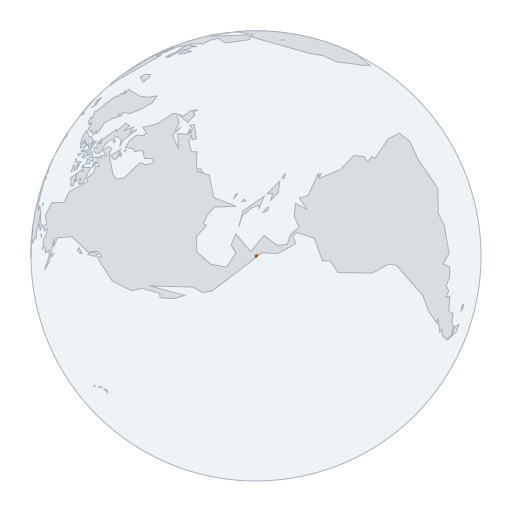 globe centered on Chalatenango, rotated 303°
{"feature_id": "SLV-1357", "entity_name": "Chalatenango", "entity_type": "Department", "adm_level": 1, "iso_a3": "SLV", "parent_name": "El Salvador", "parent_adm1": "", "projection": "orthographic", "projection_center": [-89.111, 14.18], "detail": "fine", "context": "on_globe", "style": "filled", "palette": "amber", "viewbox_px": 512, "rotation_deg": 303, "n_neighbors": 0, "source": "natural_earth", "source_scale": "10m", "svg_char_len": 8766}
<svg xmlns="http://www.w3.org/2000/svg" viewBox="0 0 512 512"><g transform="rotate(303 256 256)"><circle cx="256" cy="256" r="225" fill="#eef3f6" stroke="#a8b0b8"/><path d="M298.3,278.0L292.9,275.8L288.0,282.7L269.4,272.6L262.2,259.4L202.8,238.2L196.3,231.3L195.6,220.1L173.1,183.2L184.1,217.6L175.8,210.7L168.8,198.3L172.2,195.5L166.8,177.7L159.1,170.7L156.8,149.0L168.6,123.1L171.4,127.3L173.9,121.3L170.6,115.9L167.8,114.0L171.9,91.1L163.0,79.4L153.5,81.5L160.9,77.1L138.1,85.8L129.0,86.3L143.5,82.4L148.2,79.6L144.1,77.9L148.0,74.7L148.3,72.4L153.4,69.0L161.5,67.8L164.9,65.8L161.8,64.8L164.9,61.3L169.0,63.0L174.8,57.3L189.5,55.8L196.3,65.7L208.6,64.5L226.7,74.4L229.2,71.6L237.7,74.5L243.8,72.6L245.4,75.7L248.8,71.6L246.2,69.3L246.8,66.9L250.1,65.8L252.8,69.2L251.5,70.3L254.0,70.7L253.9,73.1L255.9,71.3L258.7,76.0L260.9,69.9L267.3,72.4L267.8,76.1L261.2,77.5L246.2,91.9L244.7,97.2L249.2,102.6L271.3,108.1L272.4,113.7L278.6,119.9L281.0,115.6L277.0,109.3L283.0,103.5L277.5,97.3L279.1,94.3L276.0,87.7L283.5,87.0L292.4,90.0L295.4,95.6L299.4,97.4L302.3,91.1L313.3,101.4L330.1,108.5L332.2,111.8L326.0,118.9L311.6,120.7L303.7,132.6L316.0,123.5L321.0,132.9L324.8,134.2L328.6,133.2L329.5,129.3L332.7,132.6L321.8,142.1L318.7,139.3L322.2,136.0L315.5,137.3L308.1,145.0L311.2,149.8L296.8,158.5L298.9,162.3L296.9,166.7L294.6,159.8L298.4,172.7L282.0,188.7L286.9,212.3L274.4,194.6L265.2,193.0L254.4,194.0L255.0,197.8L239.8,195.5L227.3,204.0L224.3,223.0L230.8,237.4L247.5,237.5L251.7,229.2L263.5,227.1L256.7,249.3L277.6,251.4L276.4,267.9L282.7,276.0L292.8,273.2L303.4,276.5L310.2,266.5L321.6,260.4L322.6,273.6L328.3,260.9L335.1,266.7L357.3,263.6L355.8,266.8L374.6,279.8L393.7,283.5L398.1,292.2L396.0,298.4L402.3,298.9L402.4,302.7L426.1,303.0L437.1,309.2L436.0,322.2L425.2,339.6L411.7,371.7L391.3,385.4L383.6,397.8L363.4,416.5L351.4,417.2L352.3,424.4L343.6,430.0L335.1,431.3L331.5,436.7L325.1,437.5L327.8,440.4L314.6,447.8L315.1,452.5L304.7,457.9L305.2,460.4L302.3,460.6L298.6,461.8L297.3,463.3L289.7,461.5L290.7,455.5L295.8,452.0L292.0,451.7L303.0,442.3L297.9,444.5L304.1,430.3L313.7,417.5L324.8,379.0L321.2,371.4L305.4,363.2L286.6,333.7L292.5,320.5L288.0,314.6L302.7,295.2L298.3,278.0ZM60.4,205.9L61.8,200.8L62.5,204.5L60.4,205.9ZM61.7,197.4L61.4,199.2L61.5,197.6L61.7,197.4ZM61.1,196.1L61.5,197.0L60.8,196.5L61.1,196.1ZM60.0,195.0L60.7,195.4L60.5,195.6L60.0,195.0ZM286.6,220.5L310.5,230.3L297.7,232.7L300.0,230.4L293.8,226.1L282.5,222.5L271.1,225.6L286.6,220.5ZM59.1,191.8L59.0,190.9L59.7,190.7L59.1,191.8ZM295.4,206.7L291.4,206.0L295.3,205.7L295.4,206.7ZM165.9,113.8L170.1,116.2L171.7,122.6L167.7,120.8L165.9,113.8ZM163.5,103.0L166.6,102.8L163.4,108.6L162.6,106.9L163.5,103.0ZM145.7,84.2L148.4,85.0L144.4,85.3L145.7,84.2ZM147.4,72.6L145.4,73.5L146.4,72.0L147.4,72.6ZM272.1,88.7L274.0,88.3L273.6,89.7L272.1,88.7ZM268.9,86.5L267.1,88.5L265.3,87.8L266.5,86.5L268.9,86.5ZM155.1,65.6L157.3,63.2L156.4,65.4L155.1,65.6ZM271.6,84.3L262.4,86.3L259.3,85.0L261.2,79.5L271.6,84.3ZM159.5,61.6L164.8,56.5L160.7,57.7L175.1,51.8L165.9,57.8L165.5,60.1L163.0,60.0L159.5,61.6ZM243.9,69.1L246.9,71.5L241.3,70.6L243.9,69.1ZM240.2,69.2L222.2,71.2L219.5,67.5L226.1,67.3L220.1,63.9L227.6,61.0L232.5,62.3L232.8,65.1L235.5,62.0L240.2,69.2ZM182.3,49.7L184.7,48.6L183.7,49.6L182.3,49.7ZM246.6,65.9L243.2,66.4L240.6,63.2L246.9,61.6L245.8,63.1L246.6,65.9ZM214.8,64.6L214.0,62.2L219.8,59.1L220.3,57.9L227.5,60.7L214.8,64.6ZM248.0,63.3L250.2,60.9L254.5,61.5L249.7,65.2L248.0,63.3ZM237.3,63.1L236.4,61.6L238.9,61.8L237.3,63.1ZM270.8,63.2L266.8,63.4L265.1,61.7L270.8,63.2ZM250.7,60.0L249.3,59.9L248.1,59.3L250.4,58.0L250.7,60.0ZM231.1,58.5L233.8,57.9L228.5,57.2L232.7,55.2L236.7,57.6L236.7,55.7L238.0,55.2L239.9,57.8L231.1,58.5ZM249.4,55.2L255.9,58.2L263.7,57.8L265.4,59.3L252.6,59.6L249.4,55.2ZM243.6,56.4L247.6,55.9L247.7,57.7L245.1,59.3L243.6,56.4ZM234.1,53.2L226.6,55.5L226.0,55.0L234.1,53.2ZM251.6,54.7L249.9,54.0L252.1,54.4L251.6,54.7ZM239.4,53.1L236.9,53.9L236.2,53.2L239.4,53.1ZM248.8,52.2L250.9,53.0L249.2,54.0L248.8,52.2ZM244.5,52.3L244.2,51.2L247.4,53.8L243.4,52.7L244.5,52.3ZM239.2,52.3L238.0,52.2L240.4,52.1L239.2,52.3ZM254.0,48.5L258.4,51.5L254.6,53.5L250.9,50.1L254.0,48.5ZM301.5,465.3L290.0,462.3L296.9,463.7L303.8,461.0L309.1,463.4L301.5,465.3ZM321.1,457.9L327.9,455.8L328.9,456.4L324.4,458.0L321.1,457.9ZM411.6,93.1L409.7,91.4L414.4,96.0L416.4,97.8L421.1,102.7L415.5,97.8L420.4,105.3L436.4,127.9L437.3,132.7L433.6,132.5L418.0,114.2L417.9,105.8L412.3,100.2L404.1,95.4L404.7,93.6L401.3,91.0L400.4,88.1L391.0,79.1L388.8,76.2L377.2,68.6L374.6,66.4L382.2,71.3L386.4,73.6L380.1,68.0L376.6,65.7L369.5,61.5L368.8,61.0L383.9,70.5L398.2,81.3L411.6,93.1ZM368.0,60.5L362.6,57.6L358.6,55.4L368.0,60.5ZM356.3,54.3L359.2,56.1L351.1,52.3L342.3,48.2L340.3,47.7L354.7,54.5L359.7,56.9L362.9,58.2L377.4,66.7L381.2,69.7L368.9,63.3L373.0,67.2L361.6,61.3L329.8,45.0L320.6,41.1L321.8,40.6L330.0,43.2L331.5,43.8L333.3,44.4L356.3,54.3ZM256.9,30.7L244.8,31.2L234.3,31.8L235.5,31.7L256.9,30.7ZM226.9,32.6L218.5,33.9L212.8,34.9L226.9,32.6ZM209.0,35.7L209.6,35.6L202.0,37.4L205.2,36.7L205.4,36.7L187.5,42.9L181.6,44.9L175.7,48.6L176.6,48.6L180.6,47.2L175.1,51.8L160.7,57.7L159.6,57.2L151.3,61.9L149.9,60.5L144.9,62.0L148.1,58.8L143.8,60.9L141.0,62.6L133.2,67.2L131.4,68.3L146.1,59.3L156.4,55.0L152.4,56.2L156.9,54.0L157.7,53.4L155.3,54.5L172.7,46.7L190.6,40.4L209.0,35.7ZM479.9,230.8L477.9,247.9L474.3,241.9L462.6,217.4L460.7,203.5L455.0,190.3L437.5,133.7L439.9,132.6L433.1,116.9L433.3,117.0L440.7,127.0L449.4,140.5L457.1,154.5L463.8,169.1L469.5,184.0L474.0,199.4L477.5,215.0L479.9,230.8ZM450.6,158.7L452.8,162.7L450.6,158.7ZM358.0,263.3L360.7,265.6L357.2,266.1L358.0,263.3ZM296.4,238.3L301.2,238.2L303.9,240.1L300.3,241.0L296.4,238.3ZM336.1,235.1L341.4,235.7L336.0,237.4L336.1,235.1ZM314.1,231.5L331.8,235.2L321.3,240.1L310.1,237.9L317.6,236.1L314.1,231.5ZM294.0,214.5L297.2,215.2L296.5,217.7L294.0,214.5ZM298.3,206.5L297.1,206.8L295.4,204.9L298.3,206.5ZM321.6,132.4L322.6,131.7L326.7,131.6L325.2,133.4L321.6,132.4ZM342.3,122.2L347.0,127.8L342.6,124.8L341.5,127.9L330.8,126.1L332.6,113.4L333.7,119.2L342.3,122.2ZM317.1,121.0L323.7,123.0L316.4,121.3L317.1,121.0ZM383.4,81.4L385.8,81.7L390.1,85.2L392.8,90.7L386.5,85.5L383.4,81.4ZM388.2,81.5L375.2,74.6L373.0,71.5L376.4,74.2L376.3,72.9L381.8,77.1L392.4,81.7L396.9,85.2L399.4,92.4L396.1,87.8L393.9,87.5L388.2,81.5ZM345.8,68.2L340.2,66.8L342.8,61.6L347.7,63.7L350.7,68.8L346.6,69.5L345.8,68.2ZM276.8,74.8L274.4,75.8L273.7,74.7L275.1,73.0L276.8,74.8ZM269.1,63.5L286.2,70.0L284.4,71.3L296.5,74.4L296.5,79.2L288.6,76.8L297.7,83.2L290.6,83.0L297.3,87.2L279.8,81.4L273.7,82.0L280.5,79.4L280.6,75.0L278.9,73.2L269.5,69.0L256.6,68.7L254.7,64.8L256.8,62.2L259.6,61.6L259.9,64.2L263.5,61.6L266.1,65.0L269.1,63.5ZM282.5,41.9L281.7,43.7L289.2,42.0L291.9,44.1L292.6,43.8L297.1,45.6L303.9,47.3L304.1,48.4L306.6,48.7L309.7,50.1L313.2,50.9L314.9,53.4L319.4,54.7L317.6,55.1L324.8,56.9L320.2,56.8L323.8,59.0L326.4,58.0L326.9,72.3L330.7,79.4L336.4,85.9L327.8,85.6L316.9,79.8L306.3,72.2L303.9,65.7L300.4,67.1L298.2,64.6L301.9,64.5L294.9,63.2L294.1,61.2L284.6,56.4L275.1,56.5L271.4,55.0L274.7,54.0L268.7,53.3L272.5,50.6L269.9,49.7L271.1,46.4L278.9,45.6L275.5,44.6L276.2,42.5L282.5,41.9ZM254.6,47.5L263.4,45.3L269.2,45.7L264.8,51.4L266.6,52.6L264.0,56.9L255.7,56.6L257.2,55.3L256.7,54.0L259.5,54.6L256.9,53.2L258.9,51.5L257.5,50.1L260.7,49.7L254.6,47.5ZM424.8,107.6L423.7,106.1L428.6,111.5L429.1,112.4L424.8,107.6ZM418.9,101.0L423.2,105.6L421.3,103.7L418.9,101.0ZM380.8,70.0L379.1,68.6L380.6,69.4L383.4,71.3L380.8,70.0ZM305.4,39.8L304.0,40.2L302.5,39.8L295.9,39.5L293.4,38.2L296.4,37.9L305.4,39.8ZM301.5,38.4L299.1,38.3L299.4,37.8L301.5,38.4ZM291.2,37.4L290.8,36.6L292.3,38.1L291.2,37.4ZM300.0,35.1L289.5,33.3L276.7,31.7L288.7,33.1L293.6,33.9L300.0,35.1ZM249.0,31.0L247.9,31.3L245.0,31.4L244.8,31.3L249.0,31.0ZM250.7,31.1L255.8,31.4L253.0,31.8L249.5,31.4L250.7,31.1ZM279.1,33.6L282.8,33.9L282.5,34.3L279.1,33.6ZM183.1,48.7L184.6,48.6L182.0,49.4L183.1,48.7ZM207.4,36.4L207.2,36.6L204.2,37.2L207.4,36.4ZM205.2,37.8L208.6,36.8L205.9,37.8L205.2,37.8ZM216.2,34.9L210.4,36.4L214.7,35.0L216.2,34.9Z" fill="#d9dde1" stroke="#a8b0b8" stroke-width="1"/><path d="M255.1,255.1L255.3,255.1L255.6,255.2L255.7,255.3L255.8,255.3L255.9,255.2L256.0,255.2L256.1,255.3L256.3,255.4L256.3,255.5L256.5,255.7L256.5,255.8L256.6,256.0L256.7,255.9L256.8,255.9L256.9,256.0L257.0,256.1L257.0,256.3L257.3,256.3L257.4,256.5L257.5,256.5L257.4,256.7L257.3,256.8L257.2,256.8L256.9,256.9L256.7,256.9L256.4,256.8L256.3,256.7L256.2,256.6L256.0,256.4L255.9,256.4L255.8,256.5L255.7,256.5L255.7,256.4L255.7,256.5L255.4,256.5L255.2,256.4L255.1,256.5L254.9,256.6L254.8,256.4L254.9,256.2L255.0,256.2L255.2,255.9L255.4,255.7L255.5,255.4L255.4,255.4L255.3,255.2L255.1,255.1Z" fill="#f59e0b" stroke="#b45309" stroke-width="1.5"/></g></svg>